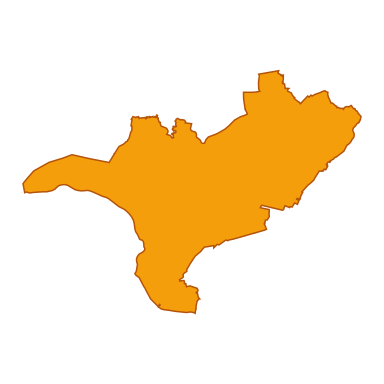 Ocotlán, Jalisco, Mexico
{"feature_id": "50627088B16557920765065", "entity_name": "Ocotlán", "entity_type": "district", "adm_level": 2, "iso_a3": "MEX", "parent_name": "Mexico", "parent_adm1": "Jalisco", "projection": "mercator", "projection_center": [-102.72, 20.387], "detail": "fine", "context": "isolated", "style": "filled", "palette": "amber", "viewbox_px": 384, "rotation_deg": 0, "n_neighbors": 0, "source": "geoboundaries", "source_scale": "gbopen_adm2", "svg_char_len": 6024}
<svg xmlns="http://www.w3.org/2000/svg" viewBox="0 0 384 384"><path d="M278.7,70.7L258.7,74.2L259.1,74.9L259.3,75.9L258.5,82.2L258.7,88.9L258.8,89.4L259.8,91.3L256.8,91.9L253.0,92.3L243.5,92.3L243.6,98.7L245.0,108.2L245.3,108.6L245.0,109.2L246.2,111.3L247.4,114.0L245.6,115.0L240.4,116.8L234.7,120.0L228.9,125.8L224.9,129.2L218.3,133.0L215.4,134.4L208.3,137.0L205.9,139.8L204.6,143.1L202.7,143.4L201.7,142.9L200.8,141.8L200.6,140.5L198.8,138.9L196.8,137.4L196.4,136.9L196.4,134.4L196.1,133.2L195.5,132.2L191.7,130.9L190.7,129.8L190.5,128.6L190.7,127.6L191.6,123.7L185.3,122.9L185.6,122.1L185.5,121.4L183.9,119.9L183.1,120.0L182.0,119.6L180.5,119.9L177.5,118.4L176.1,119.3L175.9,120.3L175.4,120.5L175.1,121.2L175.2,121.6L175.7,121.9L176.1,122.4L176.1,122.7L175.7,123.6L175.8,125.2L175.9,125.7L176.3,126.1L176.4,126.4L175.6,126.9L174.0,126.3L173.2,126.4L173.0,127.0L173.6,127.6L173.6,128.0L172.5,128.7L172.4,129.3L172.4,129.7L172.6,129.9L173.3,130.1L173.7,131.1L174.0,131.1L174.6,130.5L175.2,130.5L175.8,131.0L176.0,131.9L175.7,132.4L174.6,133.1L174.0,132.7L173.7,133.0L173.2,133.1L173.2,133.4L172.8,133.2L171.8,133.6L171.8,134.2L172.1,134.4L173.2,134.7L173.2,136.6L173.3,137.0L173.6,137.3L172.9,138.0L172.6,138.0L172.1,137.9L171.7,137.6L170.4,135.5L170.2,135.3L169.0,135.3L168.2,134.8L167.3,134.7L166.7,134.3L167.7,132.9L168.0,131.4L167.9,130.6L166.9,128.8L166.2,128.1L165.0,127.6L161.2,126.1L160.1,123.4L160.4,122.4L158.9,121.9L158.8,120.7L158.1,119.4L158.3,118.1L157.7,117.9L157.2,117.0L157.5,115.5L156.7,115.1L155.8,117.4L154.9,116.6L154.5,116.7L153.9,117.3L153.6,117.3L152.8,116.8L152.8,116.5L151.6,117.0L151.3,117.0L151.0,116.8L150.7,116.8L150.5,117.3L150.2,117.4L149.6,116.7L149.1,117.5L148.5,117.2L148.0,116.7L147.7,116.8L147.5,117.1L146.6,117.0L146.9,117.9L146.4,118.2L146.1,118.7L145.9,118.7L146.1,118.0L144.5,117.6L144.4,117.8L142.7,117.7L139.7,118.3L139.0,118.4L138.9,117.7L138.6,117.3L138.8,117.1L138.4,116.6L138.2,116.6L137.7,117.2L136.2,116.9L135.7,117.6L133.0,116.6L131.2,119.4L131.3,119.6L132.0,119.9L131.0,125.8L131.8,125.9L131.9,129.6L131.8,130.6L130.8,132.0L129.1,138.1L128.4,139.4L127.8,139.8L127.6,140.7L127.4,141.2L125.9,141.8L125.3,142.6L123.0,144.5L120.3,145.7L118.7,146.9L114.3,154.0L114.1,153.9L114.0,154.5L109.1,162.5L88.3,158.4L72.5,154.8L71.8,154.8L62.4,158.3L49.2,162.3L35.9,169.7L33.7,171.0L26.1,179.7L23.0,183.6L24.7,192.7L25.6,192.2L26.7,192.1L29.1,192.8L30.5,192.9L32.6,192.5L37.9,192.1L42.9,191.8L46.8,191.8L52.4,190.5L55.2,188.9L56.9,187.2L58.2,186.1L59.7,185.3L62.5,184.7L64.6,184.6L67.0,185.1L68.0,185.5L74.7,189.5L78.1,190.5L81.6,190.9L87.8,190.4L89.7,190.8L93.2,192.1L102.5,196.3L105.8,197.3L108.4,198.5L118.4,206.2L119.3,206.8L123.9,209.1L126.4,211.0L129.3,213.9L131.8,217.1L132.8,219.2L133.3,219.9L134.2,223.4L134.9,228.9L135.7,231.7L137.6,234.7L139.6,239.2L140.3,239.6L142.3,240.3L143.0,241.1L143.6,242.4L144.0,247.0L144.7,248.1L144.9,249.2L144.1,250.8L143.0,251.9L139.2,254.1L137.5,256.3L137.0,257.4L136.5,259.0L136.6,261.0L137.4,264.3L137.3,265.9L137.0,267.0L136.4,270.7L136.0,271.9L134.9,273.6L135.1,273.8L136.0,275.3L138.3,277.0L139.0,277.3L143.7,286.3L145.0,288.2L146.3,290.9L150.6,298.9L158.1,306.4L159.6,304.4L160.1,305.0L158.2,306.9L158.3,307.0L158.4,306.9L161.1,308.9L163.9,309.7L167.7,310.1L175.8,311.4L186.6,312.5L190.1,312.0L192.1,312.2L194.1,312.7L195.1,313.3L195.8,308.9L196.1,308.9L196.0,307.2L196.3,305.0L197.1,301.2L198.9,299.0L199.7,298.9L198.2,297.1L197.6,293.8L196.4,293.1L196.2,292.6L196.7,292.0L197.4,292.1L198.0,290.2L197.6,289.2L197.1,288.8L197.1,288.3L189.9,285.9L186.5,286.7L185.8,283.7L185.0,283.8L184.4,283.5L184.5,281.8L184.0,280.5L179.7,281.0L179.5,279.6L182.2,278.1L183.2,277.1L183.3,276.4L183.1,274.6L183.3,274.1L184.6,272.8L186.4,271.7L186.8,271.4L186.9,271.0L186.7,269.8L187.0,269.2L189.8,264.3L195.2,256.1L200.7,251.5L202.4,249.3L204.7,246.9L205.6,247.0L213.8,245.6L213.8,247.8L217.2,244.4L219.0,244.9L225.9,240.0L227.8,240.7L229.0,240.0L232.9,239.2L258.2,232.0L264.4,230.2L266.5,229.3L265.7,227.2L265.6,226.6L264.4,224.6L264.9,223.8L264.3,223.5L265.2,221.8L265.0,221.6L265.4,220.2L266.6,219.9L267.2,220.0L269.3,216.6L269.0,212.6L269.2,212.3L269.2,209.6L260.3,207.7L261.1,206.0L261.8,205.3L282.5,210.2L283.0,210.1L283.8,209.0L284.3,207.3L285.0,205.7L289.6,207.6L290.2,206.6L292.2,207.0L294.6,203.0L297.4,204.3L299.1,200.3L296.7,199.3L297.2,198.4L300.0,199.3L300.7,196.2L302.7,192.3L301.9,191.9L308.2,184.9L309.7,183.9L313.7,180.2L315.1,177.6L319.3,171.0L321.7,171.2L321.9,170.9L322.5,171.1L322.8,170.6L323.4,170.8L324.1,169.2L325.6,169.7L325.9,169.1L326.1,169.2L327.7,166.2L326.8,165.8L327.4,164.7L326.5,164.3L327.7,162.5L328.3,162.0L329.2,161.9L329.4,162.3L329.7,162.4L330.5,161.5L330.2,160.8L333.5,159.1L333.9,158.4L335.3,157.2L336.1,157.1L343.9,151.2L344.0,150.8L345.4,148.3L346.4,146.2L347.3,144.9L348.3,144.4L349.8,143.1L351.1,141.4L352.0,139.5L352.9,138.5L353.9,137.0L354.1,136.0L354.0,134.9L354.2,134.4L353.8,132.8L352.6,130.3L352.6,129.8L353.1,129.1L353.3,128.2L354.6,126.6L355.5,125.9L357.2,123.4L358.8,122.8L359.0,122.4L358.9,122.0L359.4,121.7L359.6,121.4L359.8,120.2L360.2,120.1L360.9,117.2L361.0,116.8L360.8,116.2L358.6,113.7L358.4,113.7L357.6,112.0L357.0,111.1L355.7,110.5L355.3,110.1L355.1,108.9L354.5,108.5L353.7,108.7L352.7,107.7L351.4,105.5L350.5,105.7L349.0,106.9L347.4,106.6L345.9,106.7L344.5,107.5L344.0,108.1L343.5,109.3L342.3,108.3L339.7,108.4L339.1,107.8L338.3,107.5L337.1,107.5L336.9,107.7L336.7,107.5L336.7,106.2L336.0,106.2L332.6,103.2L331.7,102.9L331.0,103.1L329.1,98.5L328.4,97.2L327.7,94.3L327.9,92.3L326.1,91.7L325.2,90.9L324.6,90.8L324.1,91.0L323.6,91.0L320.1,92.6L314.8,94.5L312.2,96.0L311.0,95.1L309.1,97.1L307.7,96.0L300.4,103.8L300.1,103.6L299.9,102.9L299.5,102.7L299.4,102.3L296.7,100.6L294.2,98.3L294.7,97.5L293.8,97.0L292.4,95.1L291.8,94.2L291.4,93.0L287.7,91.2L287.6,89.7L288.9,88.5L286.8,88.3L285.2,88.5L284.5,83.9L282.6,83.5L283.2,82.1L282.4,81.9L283.3,79.9L283.3,75.0L282.4,75.2L282.0,76.0L280.7,75.2L280.9,74.6L279.4,74.0L277.9,73.1L278.7,70.7Z" fill="#f59e0b" stroke="#b45309" stroke-width="1.5"/></svg>